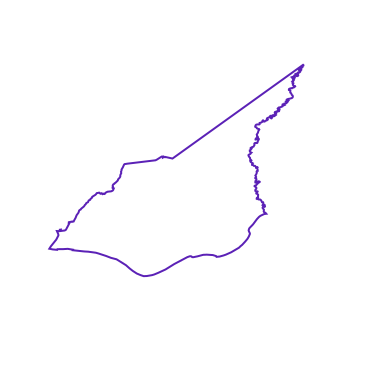 outline of Ponedera, Atlántico, Colombia, rotated 66°
{"feature_id": "7082276B66723119854889", "entity_name": "Ponedera", "entity_type": "district", "adm_level": 2, "iso_a3": "COL", "parent_name": "Colombia", "parent_adm1": "Atlántico", "projection": "equal_earth", "projection_center": [-74.823, 10.604], "detail": "fine", "context": "isolated", "style": "outline", "palette": "violet", "viewbox_px": 384, "rotation_deg": 66, "n_neighbors": 0, "source": "geoboundaries", "source_scale": "gbopen_adm2", "svg_char_len": 5956}
<svg xmlns="http://www.w3.org/2000/svg" viewBox="0 0 384 384"><g transform="rotate(66 192 192)"><path d="M185.8,345.4L187.8,342.6L190.0,338.7L189.5,338.2L191.8,332.9L193.4,328.6L196.3,324.2L196.7,324.6L202.5,314.6L204.3,311.1L208.4,304.5L210.0,302.6L215.4,296.6L219.2,292.8L222.8,288.3L232.0,282.1L236.4,280.1L240.0,278.2L244.0,275.6L247.0,272.8L249.2,270.4L250.4,267.4L251.7,262.3L252.0,259.9L252.1,255.6L252.0,247.7L250.6,237.5L249.6,222.8L249.7,221.5L249.8,220.2L250.2,219.2L250.7,218.7L251.6,218.3L252.1,217.3L253.0,213.2L253.8,208.2L254.0,207.2L255.3,203.9L258.1,198.6L260.3,196.1L261.2,196.0L262.2,193.0L262.8,189.0L263.0,186.6L263.0,180.7L262.0,171.8L261.2,169.6L260.7,167.7L258.9,163.5L257.3,160.3L255.7,158.1L253.8,156.1L252.7,155.9L251.4,156.0L250.2,155.9L249.1,155.1L248.3,154.1L246.4,149.4L243.2,143.7L242.0,140.9L241.6,139.2L241.5,135.5L241.6,134.6L242.1,133.0L241.1,133.3L239.5,134.4L238.9,134.4L237.5,133.5L235.2,134.0L234.0,132.8L234.2,132.3L235.1,131.7L234.9,131.2L233.5,130.9L233.0,131.5L232.5,132.6L231.5,131.4L230.5,131.2L230.3,131.2L229.8,132.2L227.8,132.2L226.7,132.7L225.8,134.3L225.6,134.4L224.9,134.2L224.8,134.5L224.8,135.5L224.5,135.7L223.8,135.2L223.7,135.0L223.8,134.4L223.4,133.6L222.5,133.4L221.9,132.9L221.4,132.7L220.2,133.1L219.8,133.8L219.5,133.9L218.5,133.3L218.6,132.4L218.4,131.9L218.1,131.9L217.4,133.1L216.7,133.7L216.0,133.4L215.6,133.0L215.2,132.0L214.5,131.5L213.2,131.8L212.3,132.5L212.0,132.5L211.8,132.1L211.9,130.7L211.2,129.2L211.0,128.6L210.8,128.5L210.7,128.1L210.5,126.6L210.3,126.0L209.9,126.1L209.5,126.6L209.5,127.1L209.3,127.1L209.2,127.6L209.4,128.1L209.2,129.1L209.3,129.7L209.2,130.2L208.8,130.2L208.4,129.8L207.9,129.7L207.7,128.9L206.9,128.1L206.1,127.9L205.3,128.6L205.1,128.6L204.8,128.4L204.8,127.7L204.4,127.3L202.7,127.4L202.2,126.4L200.7,124.9L199.8,124.8L199.3,124.3L199.1,123.9L199.3,123.3L198.5,123.1L197.8,122.8L196.4,123.0L196.1,122.1L195.8,122.2L195.7,122.6L195.9,123.3L195.9,123.6L194.7,123.5L193.8,123.8L193.2,124.9L192.3,125.2L191.7,126.1L191.1,125.9L190.5,124.8L188.4,126.2L187.2,126.2L187.1,125.8L187.4,125.1L187.3,124.9L185.5,125.5L184.4,125.1L182.7,125.6L181.4,125.5L181.1,125.2L180.9,123.1L180.4,122.4L180.2,121.7L179.4,122.3L178.7,122.7L178.3,122.6L177.5,122.3L177.5,121.6L176.4,119.6L176.0,119.3L175.8,119.4L175.8,120.6L175.6,120.5L175.4,118.8L175.6,117.4L174.4,115.7L173.4,115.6L172.9,115.0L172.9,114.2L173.7,112.8L173.7,112.4L173.3,111.9L172.7,111.6L170.9,109.4L170.5,109.4L170.2,109.7L169.9,110.8L170.1,111.6L170.1,112.4L169.9,112.6L169.1,112.0L168.7,109.5L168.1,109.4L167.5,109.9L166.4,109.5L165.9,109.5L164.6,107.6L163.2,106.5L162.3,105.1L161.7,105.2L161.0,106.2L160.2,106.8L159.3,106.8L158.3,107.7L157.8,107.6L156.9,106.7L156.6,105.8L157.0,104.4L157.6,103.3L157.6,102.7L156.4,102.1L156.7,100.5L156.5,99.6L156.5,98.9L156.3,98.7L155.7,98.7L155.4,98.2L155.5,97.9L156.7,97.8L157.1,97.3L157.2,96.9L156.8,96.1L157.0,94.6L156.7,93.3L156.3,93.3L155.7,93.9L155.4,93.7L155.1,93.2L155.1,90.7L154.5,89.9L154.3,89.4L154.5,88.9L156.2,90.1L157.0,89.6L157.1,89.4L157.0,89.1L156.4,88.6L156.0,87.8L155.1,87.7L154.7,87.1L154.8,86.6L155.4,86.6L156.1,86.3L156.2,85.8L156.0,85.5L155.8,84.4L155.1,84.8L154.9,84.6L154.8,83.7L153.6,84.3L153.2,84.2L152.7,83.7L152.7,83.1L153.4,82.9L153.8,82.5L153.6,82.1L153.0,81.8L152.5,80.8L152.5,80.6L153.5,80.1L153.6,79.9L153.6,79.6L152.1,78.4L151.5,78.7L151.2,79.4L150.8,79.8L150.6,79.8L150.3,79.1L150.1,78.1L150.5,77.1L150.6,74.4L150.4,74.1L149.9,74.3L149.6,74.2L148.8,73.6L148.8,73.4L149.2,72.8L150.2,72.3L150.2,71.9L149.8,72.0L149.4,71.5L148.9,72.0L148.7,71.7L149.2,70.2L149.3,69.8L149.0,69.1L147.5,69.4L147.5,68.9L148.4,68.3L148.4,67.9L148.4,67.7L147.9,67.5L147.6,66.6L147.2,66.8L146.5,68.1L146.3,68.1L146.1,67.9L146.1,66.2L146.5,64.8L146.8,62.7L146.6,61.8L146.1,61.2L145.4,60.9L144.7,60.9L144.0,61.3L142.1,61.3L141.1,61.8L139.4,60.9L139.2,61.0L138.3,62.0L138.1,62.0L137.4,61.5L137.3,60.8L137.5,59.2L137.9,58.6L137.7,58.0L137.9,56.3L137.5,54.8L137.2,54.8L136.7,55.6L136.3,55.9L135.1,56.3L134.0,55.2L133.2,55.9L132.7,55.6L132.4,55.0L131.8,55.3L131.7,54.5L131.0,54.2L131.2,53.5L131.0,53.2L129.8,53.8L128.8,54.0L128.5,54.0L128.3,53.4L128.0,53.4L127.7,53.7L127.7,53.4L128.1,52.9L128.8,53.2L129.2,53.2L129.6,52.2L129.6,51.9L129.3,51.5L127.6,51.7L127.2,51.2L127.2,50.7L128.9,49.0L129.0,48.0L128.6,47.5L128.2,47.6L127.4,48.3L127.3,49.4L126.7,49.7L126.3,49.6L126.3,49.0L126.7,48.3L126.6,47.7L127.0,46.7L126.6,46.1L126.3,46.7L126.0,46.7L126.0,46.2L126.4,44.8L126.2,44.3L125.2,43.3L124.9,42.5L124.5,42.3L124.0,42.4L123.7,43.0L123.7,43.6L123.9,44.0L124.4,44.3L124.4,44.7L123.9,44.8L123.5,44.4L123.1,43.1L123.2,42.0L123.0,40.4L122.8,40.2L121.9,39.9L121.9,38.9L121.7,38.7L121.4,38.6L121.0,38.8L153.5,196.2L149.0,202.3L149.2,202.6L148.6,203.5L148.7,204.5L147.8,204.0L147.3,205.3L148.1,210.7L148.2,212.4L139.9,239.3L139.1,242.3L139.5,243.1L141.3,245.1L142.8,247.2L143.8,247.7L144.7,248.7L145.9,248.9L147.4,250.6L148.8,251.3L149.1,251.7L149.7,252.7L150.4,254.4L151.3,255.1L152.4,258.0L152.6,259.3L152.9,259.6L153.0,260.7L153.5,261.5L154.3,262.1L154.9,262.0L156.0,262.5L156.2,262.4L156.2,262.8L156.7,262.6L157.1,262.7L157.2,262.3L158.2,263.3L158.5,264.1L158.5,265.6L157.4,269.0L157.4,269.9L157.5,271.1L158.2,272.4L158.2,272.9L157.9,273.4L157.6,273.4L157.6,274.6L157.2,274.8L156.7,274.8L156.5,275.2L156.5,275.4L156.2,275.5L156.3,276.4L154.8,277.1L154.6,278.4L154.3,279.2L154.4,279.7L155.0,280.6L155.3,281.5L155.8,285.1L156.4,285.5L156.8,286.5L157.0,287.5L157.7,288.2L157.7,289.8L159.0,291.2L159.1,292.8L159.2,293.2L159.9,294.0L160.3,295.2L160.9,296.0L161.3,296.8L162.2,300.1L162.7,300.7L162.7,301.5L163.0,302.6L164.7,304.1L166.3,306.9L168.3,308.9L169.6,310.7L170.8,312.1L170.5,313.6L170.2,313.6L169.5,316.8L170.2,317.2L170.4,316.4L175.2,322.5L175.4,323.9L174.2,327.9L173.0,327.1L172.7,328.1L173.9,328.8L173.5,330.0L173.4,329.9L172.7,331.3L175.7,331.3L177.0,331.5L177.5,331.9L180.3,335.4L184.2,343.0L185.8,345.4Z" fill="none" stroke="#5b21b6" stroke-width="2"/></g></svg>